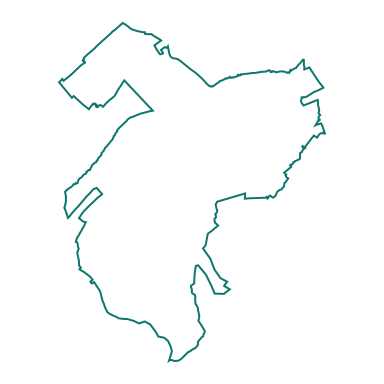 Suplacu De Barcau, Bihor, Romania (orthographic projection)
{"feature_id": "2599482B91018668857272", "entity_name": "Suplacu De Barcau", "entity_type": "district", "adm_level": 2, "iso_a3": "ROU", "parent_name": "Romania", "parent_adm1": "Bihor", "projection": "orthographic", "projection_center": [22.507, 47.235], "detail": "fine", "context": "isolated", "style": "outline", "palette": "teal", "viewbox_px": 384, "rotation_deg": 0, "n_neighbors": 0, "source": "geoboundaries", "source_scale": "gbopen_adm2", "svg_char_len": 5825}
<svg xmlns="http://www.w3.org/2000/svg" viewBox="0 0 384 384"><path d="M169.0,360.8L170.0,360.2L171.1,359.9L172.2,360.1L174.1,361.0L177.3,360.8L178.8,360.5L181.3,358.9L188.3,351.9L189.1,351.8L190.2,351.2L192.4,349.4L195.2,348.1L196.9,346.4L197.7,345.0L198.1,344.2L198.0,341.9L198.3,341.3L201.5,337.5L203.2,336.2L203.5,334.6L204.6,332.2L204.8,331.0L200.6,323.9L199.1,322.0L198.4,320.5L199.2,317.8L199.2,315.5L198.0,310.2L197.8,307.6L196.8,305.7L195.8,304.4L195.6,303.8L195.2,300.3L195.3,296.3L195.1,295.5L194.7,294.7L192.6,293.6L191.9,292.5L191.7,291.6L191.9,289.9L191.7,288.9L191.1,287.5L190.9,286.6L191.2,285.6L194.2,283.5L194.4,277.4L195.1,270.0L195.9,265.9L198.2,265.3L206.0,274.8L211.4,285.8L214.7,293.6L223.8,293.9L229.8,289.3L224.1,285.9L227.2,281.7L220.6,278.3L214.4,269.4L210.4,258.8L203.1,248.6L205.7,244.9L207.8,233.7L211.6,231.0L218.1,225.5L217.3,224.6L215.3,223.0L214.9,222.4L214.5,220.2L214.5,218.8L216.0,217.4L215.8,215.4L215.2,214.1L216.7,212.8L217.3,210.9L216.6,208.8L215.8,205.5L215.8,203.9L216.6,203.0L217.1,201.7L245.1,193.5L244.9,198.7L249.4,198.3L265.6,197.7L266.7,196.9L267.1,198.1L267.5,198.6L268.0,198.1L269.3,195.9L269.8,195.6L270.4,195.7L271.7,196.9L273.2,197.6L275.3,196.0L275.8,195.1L276.6,193.1L277.6,191.5L279.9,189.8L281.4,189.6L283.2,187.2L284.0,186.6L284.3,185.4L284.2,183.8L284.4,183.2L285.5,182.3L288.2,178.4L286.8,177.5L286.2,176.8L285.6,175.6L286.3,174.8L284.1,172.7L291.2,166.9L291.2,166.5L290.8,165.9L290.1,165.3L290.2,165.0L291.0,164.5L292.0,164.5L292.3,164.3L293.1,163.4L293.3,163.0L293.2,162.2L294.4,162.0L294.9,161.1L295.6,161.0L296.9,160.3L299.6,159.2L300.0,158.2L299.9,157.3L300.1,156.6L300.0,155.4L300.2,152.8L301.5,152.3L302.1,151.8L302.3,150.8L303.3,149.3L304.5,148.5L303.5,148.2L302.2,146.7L302.7,146.1L304.4,147.7L313.8,135.6L317.2,137.6L318.9,134.8L320.3,133.5L322.0,133.1L323.9,133.6L324.9,133.4L324.5,132.4L324.1,132.2L323.8,131.5L324.1,131.0L322.3,125.8L321.2,123.4L316.7,124.7L315.5,125.3L316.2,124.0L316.8,123.4L317.9,121.4L317.8,121.2L319.5,120.4L319.8,119.9L319.8,119.6L318.9,119.4L318.5,118.9L318.7,116.7L320.2,115.0L319.4,114.3L318.5,113.0L318.7,112.0L319.1,111.4L319.0,111.0L319.2,109.9L319.0,109.3L317.9,103.8L318.1,101.8L317.7,99.9L303.5,105.5L301.0,101.8L301.1,100.4L301.5,98.8L301.6,97.4L303.2,97.2L303.3,97.5L306.4,96.8L310.7,94.2L313.9,92.0L317.1,90.8L323.4,87.8L323.4,87.4L323.1,87.3L319.6,82.8L317.0,79.2L309.4,67.5L304.3,69.5L304.2,68.9L304.4,66.5L303.8,65.3L303.9,62.3L303.8,59.8L302.9,59.7L301.0,62.2L297.4,66.1L296.1,67.9L294.0,68.6L292.9,69.6L291.1,70.3L290.6,71.3L290.1,71.4L290.0,70.9L289.1,72.9L288.1,72.4L287.0,72.8L284.8,71.7L283.4,71.5L280.4,71.4L275.7,72.3L274.2,71.4L272.0,71.2L271.8,71.4L271.8,72.0L271.0,72.1L270.3,71.8L269.6,70.3L268.9,70.3L268.0,70.5L266.5,71.5L261.1,71.9L255.4,72.9L251.5,73.1L246.4,73.9L244.4,73.9L241.7,74.5L240.8,74.3L240.4,75.3L240.1,75.4L239.2,75.3L238.1,74.6L237.9,74.8L238.3,75.5L238.1,76.0L234.7,77.0L233.7,77.6L232.9,77.3L231.7,77.8L230.8,77.3L230.4,77.7L230.2,77.6L230.1,77.1L229.7,76.9L229.6,77.3L229.7,77.6L227.8,78.0L227.0,78.6L225.6,78.3L224.5,79.3L223.4,79.7L222.1,80.5L219.8,81.0L219.0,82.2L216.2,83.9L215.3,84.8L213.6,85.7L213.1,86.3L212.5,86.0L211.2,86.7L210.3,86.0L209.8,86.2L208.8,85.6L206.9,83.9L203.6,80.2L201.1,77.7L195.5,72.7L190.4,69.1L180.5,61.0L177.4,59.0L172.7,58.1L171.8,57.7L170.6,56.3L169.9,55.2L169.4,54.0L167.9,46.5L167.4,47.4L166.4,47.9L165.6,47.1L164.0,47.6L161.0,50.0L162.9,52.7L163.0,53.4L160.6,54.3L159.8,54.0L156.7,49.6L154.4,45.3L161.2,40.5L159.8,39.4L154.9,36.6L151.3,34.1L148.3,34.2L145.1,33.9L145.0,32.3L142.9,32.2L137.8,31.2L132.0,29.4L130.5,28.6L128.4,26.7L125.2,24.4L122.7,23.0L114.1,30.6L113.8,30.5L112.2,31.8L110.9,33.3L96.7,46.1L94.0,49.0L87.0,54.9L83.8,58.0L83.7,58.2L84.0,59.1L84.0,59.4L82.8,60.4L82.8,60.7L83.1,61.1L84.0,61.3L85.1,62.2L85.0,62.6L81.2,65.1L71.2,74.6L63.7,80.7L62.3,78.9L61.7,79.5L61.8,79.7L59.1,82.3L71.9,97.8L73.7,96.1L83.5,105.0L89.0,109.2L91.3,105.8L92.9,103.9L93.6,104.5L94.6,103.5L96.4,104.6L96.7,105.0L96.0,105.6L95.9,106.2L96.1,106.6L97.0,107.2L97.6,107.1L99.2,105.4L100.2,105.1L100.9,105.1L102.9,106.8L106.9,102.5L109.9,99.7L111.3,98.8L114.3,96.2L115.0,95.3L118.0,89.8L121.0,85.5L122.5,82.9L124.3,80.4L152.8,110.7L150.3,111.1L140.0,113.8L133.6,116.5L130.1,117.7L127.8,119.3L126.6,120.9L119.2,127.9L117.2,130.2L117.1,131.5L115.5,133.3L114.7,135.6L113.7,136.1L113.6,136.8L112.6,139.2L106.1,147.1L105.2,147.7L103.8,150.6L101.5,153.2L101.5,154.5L101.1,155.3L100.3,156.3L99.7,156.5L99.6,156.8L98.3,158.3L97.9,158.9L97.9,159.7L96.7,160.6L96.4,161.9L95.7,162.5L94.7,162.7L94.1,163.2L93.7,163.9L92.2,164.9L91.4,167.1L91.1,167.4L89.9,170.1L88.7,169.9L88.4,170.1L87.8,170.9L86.3,171.9L86.6,172.6L85.7,173.7L83.8,174.6L81.2,177.6L79.5,178.5L78.5,179.8L77.6,183.0L77.0,183.4L75.8,183.1L75.6,183.8L74.5,184.4L73.9,184.1L73.5,184.2L72.7,185.5L71.6,186.7L68.2,188.9L67.0,190.1L66.7,189.9L65.1,191.8L65.8,196.0L66.1,196.6L66.1,197.1L65.8,197.4L66.0,201.5L65.6,202.2L65.6,202.9L65.3,203.8L65.5,204.4L65.3,204.9L64.9,205.6L64.7,207.0L64.3,207.7L65.4,210.1L68.0,217.9L69.7,216.1L72.8,212.2L79.6,204.8L86.5,196.6L91.0,192.0L93.2,189.3L96.7,187.9L102.1,194.1L100.6,195.5L98.0,197.4L88.2,206.8L84.0,211.1L82.0,213.6L79.0,218.1L82.7,221.2L84.8,222.1L85.8,222.1L83.9,226.2L82.3,229.0L78.2,236.2L77.1,237.6L75.8,241.9L76.9,242.2L77.5,243.0L78.0,246.8L78.7,248.7L77.6,251.5L77.3,253.1L78.9,260.7L79.1,265.5L80.9,267.8L79.4,269.2L80.5,270.1L83.5,271.7L89.1,275.9L90.1,276.7L92.6,279.8L90.4,281.7L91.9,283.5L94.1,282.1L99.6,290.5L100.2,291.6L102.5,300.7L104.1,304.3L104.6,306.2L105.8,309.2L106.6,310.4L107.0,311.7L109.3,313.6L114.0,316.0L116.3,316.8L118.4,318.2L122.3,318.8L127.6,319.1L133.7,320.9L139.2,323.4L144.7,321.5L150.2,324.4L156.0,332.2L158.2,336.5L164.4,337.8L168.2,341.2L170.7,346.7L171.9,351.5L169.0,360.8Z" fill="none" stroke="#0f766e" stroke-width="2"/></svg>